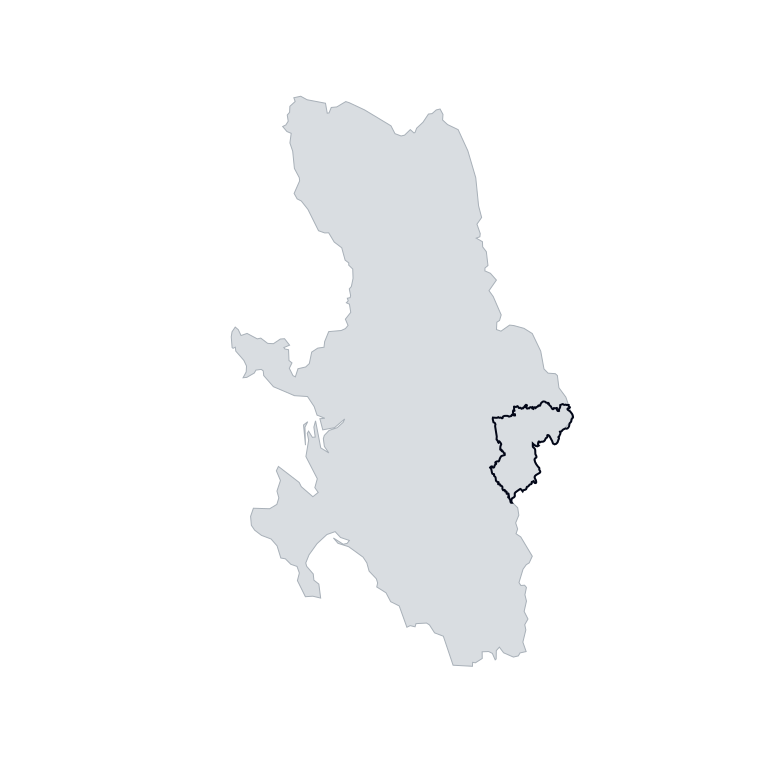 where Sumy sits in Ukraine, rotated 72°
{"feature_id": "UKR-325", "entity_name": "Sumy", "entity_type": "Region", "adm_level": 1, "iso_a3": "UKR", "parent_name": "Ukraine", "parent_adm1": "", "projection": "natural_earth1", "projection_center": [34.032, 51.234], "detail": "fine", "context": "in_parent", "style": "outline", "palette": "ink", "viewbox_px": 768, "rotation_deg": 72, "n_neighbors": 0, "source": "natural_earth", "source_scale": "10m", "svg_char_len": 9640}
<svg xmlns="http://www.w3.org/2000/svg" viewBox="0 0 768 768"><g transform="rotate(72 384 384)"><path d="M515.2,497.1L523.3,508.1L530.0,513.7L533.5,513.9L542.8,510.0L548.9,511.3L554.2,507.8L568.0,510.4L563.8,517.3L562.0,524.5L544.2,527.1L537.6,522.9L530.6,523.1L526.7,528.3L519.8,531.8L517.6,535.9L504.9,535.7L496.5,539.3L490.1,547.3L483.0,552.2L477.4,553.8L468.7,551.8L461.8,546.6L467.3,531.3L465.4,523.1L459.8,519.2L452.8,518.9L443.8,512.3L433.3,513.2L429.8,509.9L451.4,495.1L456.1,494.4L469.2,486.5L466.8,480.1L461.2,481.8L453.5,476.7L428.9,480.7L414.1,473.0L407.2,472.2L405.5,470.3L412.6,468.6L413.2,465.8L403.3,464.0L397.9,460.5L425.2,463.9L432.5,457.8L424.9,460.0L417.3,458.6L414.5,456.7L411.2,450.6L411.1,442.1L407.8,434.6L405.1,432.2L410.2,444.5L408.7,456.4L397.2,455.7L398.3,450.9L392.9,457.3L383.9,457.4L372.3,460.6L367.4,472.8L352.4,490.0L338.8,495.8L334.2,494.8L332.2,496.2L331.2,501.5L333.5,504.0L335.3,512.5L334.5,516.1L329.9,511.3L324.4,509.2L318.2,510.0L306.9,514.8L303.1,514.0L303.4,516.5L302.4,517.2L291.9,514.7L287.4,512.4L283.9,507.9L287.3,505.8L293.7,505.0L293.6,498.6L301.9,490.6L302.3,487.0L309.4,482.1L311.5,476.7L309.2,468.7L310.2,464.6L317.9,461.8L318.4,468.0L320.1,467.4L321.9,464.2L332.3,467.1L335.5,465.0L339.8,469.2L347.9,468.0L349.8,466.1L342.9,461.1L343.6,453.2L341.5,448.7L331.3,442.9L329.4,435.9L330.5,429.7L325.3,427.3L317.1,420.4L319.9,408.2L319.4,403.6L317.2,400.1L310.4,400.7L305.6,393.5L297.4,392.2L295.1,394.7L293.8,392.3L291.1,392.4L291.4,389.5L289.5,388.4L282.8,387.6L281.2,384.9L274.0,380.8L265.0,378.2L260.1,380.8L257.9,380.1L254.2,382.7L241.4,382.1L233.6,387.5L223.1,389.9L222.0,393.7L218.0,398.9L194.4,402.4L184.4,406.1L181.1,409.4L175.0,410.6L164.8,401.5L161.6,400.8L151.3,402.6L134.4,398.9L125.7,399.0L116.9,394.8L113.9,398.3L107.8,400.8L107.3,397.3L104.5,393.9L98.3,392.9L96.4,389.8L90.8,387.7L87.9,381.2L83.9,381.3L84.6,374.3L89.9,369.3L98.9,352.9L108.9,354.3L109.2,352.5L104.7,348.7L105.9,343.4L103.6,333.1L105.7,330.2L117.3,317.8L140.6,297.6L149.3,296.2L153.4,291.1L153.7,287.5L150.2,280.4L154.5,277.9L154.3,276.7L150.8,273.9L147.1,266.0L141.0,258.3L141.7,254.7L139.5,249.6L139.8,245.7L145.8,244.6L151.0,246.7L156.9,243.4L165.0,234.9L188.2,232.2L216.2,233.0L243.8,239.0L255.8,239.7L260.7,246.2L270.7,246.0L273.6,247.3L273.8,251.2L279.1,246.4L284.1,247.8L289.8,245.8L303.4,248.5L304.9,252.1L307.6,253.1L311.6,248.6L319.9,245.0L327.7,255.3L334.6,253.1L354.5,251.2L359.3,254.5L360.1,257.6L367.0,260.2L369.9,256.4L366.8,246.3L368.6,242.4L374.3,233.7L381.8,227.4L401.2,224.8L419.1,227.2L424.4,224.6L427.1,217.9L429.5,216.5L441.6,218.8L452.7,215.1L471.9,214.9L478.0,218.8L484.2,230.2L493.6,238.5L493.0,241.2L484.5,242.8L484.3,244.2L487.1,248.1L488.1,256.1L489.6,257.0L487.6,260.6L496.7,261.4L504.0,264.1L515.5,262.8L518.6,268.8L523.7,269.5L523.8,273.5L528.0,282.8L526.5,287.8L527.1,290.8L533.1,298.0L535.8,298.9L543.0,295.1L550.4,296.3L556.8,301.7L563.2,301.7L567.2,304.7L571.7,301.2L593.6,296.2L599.0,301.2L599.8,304.5L603.1,309.0L614.6,317.0L617.9,316.1L618.8,312.5L621.5,311.4L628.0,315.1L634.5,315.6L643.6,321.0L652.0,319.7L656.4,324.5L661.7,325.1L672.4,331.7L682.4,331.5L681.8,337.7L684.1,340.3L683.7,345.3L676.6,353.3L669.9,355.6L672.3,359.6L680.2,362.3L680.7,363.5L673.7,364.2L670.8,367.1L669.0,373.4L675.4,375.4L677.4,383.2L676.1,385.7L679.8,387.1L672.8,405.2L642.2,405.5L636.3,412.8L627.2,415.2L624.5,417.4L621.8,427.6L624.5,429.5L621.9,433.8L622.4,437.4L599.8,438.1L593.1,444.9L583.2,446.6L574.8,453.6L571.2,451.5L566.8,451.5L557.4,456.0L548.8,455.6L542.2,457.4L527.8,467.9L521.3,477.0L514.8,479.7L523.8,472.3L524.2,468.3L522.1,465.3L516.5,472.8L509.3,476.1L509.5,484.8L515.2,497.1ZM417.9,477.6L398.1,473.2L396.3,468.2L400.6,472.5L417.9,477.6Z" fill="#d9dde1" stroke="#a8b0b8" stroke-width="1"/><path d="M471.8,214.2L473.3,214.3L474.1,214.5L474.5,214.9L474.8,215.5L475.3,216.2L475.9,216.7L477.3,217.4L477.9,218.0L478.7,219.5L479.2,219.9L481.3,221.0L481.8,221.5L482.4,222.2L482.9,223.1L482.9,223.5L483.0,224.0L482.4,224.9L482.6,227.2L482.8,228.0L483.2,228.8L483.8,229.6L484.0,230.4L483.7,231.0L483.7,231.4L485.3,231.4L486.0,231.8L487.2,233.0L488.0,233.6L488.2,234.4L488.6,234.6L489.2,234.3L489.6,234.3L490.2,234.6L491.3,235.6L491.9,236.0L493.2,237.0L494.1,238.7L494.1,240.4L492.9,241.6L492.2,241.7L490.3,241.7L484.7,242.7L483.5,243.3L483.1,244.3L483.5,244.7L484.7,245.0L485.1,245.2L485.3,245.5L485.4,246.4L485.6,246.8L485.8,247.1L487.2,248.4L487.6,249.0L487.9,249.7L488.0,250.6L487.9,251.1L487.5,252.2L487.5,252.6L487.7,253.4L487.7,253.8L487.4,254.0L486.7,254.2L486.5,254.4L486.6,254.8L487.0,255.1L487.6,255.6L488.7,256.1L489.7,256.1L490.4,255.8L490.7,257.3L489.9,258.7L488.6,259.8L486.6,260.9L489.0,261.7L489.8,261.8L490.4,261.6L491.6,260.8L492.8,260.5L494.0,260.7L497.4,261.7L499.5,261.4L500.5,261.5L501.0,261.9L501.4,263.1L501.7,263.7L502.2,264.1L502.7,264.3L505.1,264.4L507.4,264.0L510.1,263.1L511.6,262.3L512.2,262.3L513.4,262.8L514.0,262.7L514.7,262.5L515.4,262.4L516.0,262.6L516.4,263.0L516.7,263.6L517.5,267.5L518.2,268.9L519.1,269.6L520.2,269.7L522.5,269.3L523.6,269.4L524.3,269.5L524.8,269.8L525.1,270.3L524.9,271.0L524.4,271.4L522.6,271.7L522.7,272.1L522.8,273.3L522.8,273.7L523.1,274.0L523.9,274.1L524.3,274.3L524.7,274.9L524.7,276.6L525.0,277.1L525.6,277.8L525.9,278.4L526.0,279.0L525.9,279.5L526.0,279.9L526.4,280.3L527.3,280.7L527.6,281.0L528.0,281.4L528.2,282.5L528.1,283.6L528.2,284.5L529.0,285.3L526.4,286.3L525.9,286.8L526.0,287.3L527.6,292.4L528.3,293.4L529.4,293.8L530.8,294.1L531.4,294.5L531.9,295.3L532.1,296.2L532.2,297.0L532.4,297.7L533.1,298.3L534.4,299.0L535.1,299.1L535.8,299.2L536.5,299.0L536.4,299.4L536.2,299.7L536.0,300.0L535.5,300.1L534.3,300.0L533.3,299.8L532.7,299.9L532.2,300.1L531.2,300.2L530.1,300.0L530.4,300.7L530.3,300.8L530.2,300.9L529.9,300.8L527.7,299.6L526.9,299.5L526.6,299.6L526.5,299.9L526.5,300.9L526.3,301.2L525.9,301.2L524.7,300.7L524.2,300.8L523.8,301.1L523.7,301.3L523.7,301.5L523.9,301.7L523.8,301.9L523.5,302.0L522.5,301.8L522.2,301.9L521.8,302.4L521.8,302.6L522.0,303.2L521.9,303.5L521.6,303.6L520.4,303.8L520.0,303.7L518.9,303.3L518.1,303.2L517.8,303.3L517.2,303.8L516.7,304.7L516.5,304.8L516.3,304.7L515.8,304.5L515.3,304.7L514.9,305.2L514.7,305.4L514.8,306.0L514.6,306.3L514.4,306.4L514.1,306.3L513.3,305.8L512.9,305.4L512.6,305.6L512.2,306.5L510.6,307.4L507.5,306.8L506.6,306.9L505.8,307.5L505.2,307.7L504.0,307.2L503.9,307.2L503.5,307.4L503.2,308.3L503.0,308.5L502.7,308.7L501.5,308.7L498.3,308.3L497.1,308.5L496.3,309.0L496.2,309.0L496.1,308.8L496.1,308.2L495.7,307.8L495.6,307.6L495.6,307.3L495.7,306.8L495.9,306.6L496.7,306.5L497.1,306.3L497.2,306.1L497.3,305.8L497.3,305.5L497.3,305.2L496.9,304.7L495.7,304.0L495.5,303.8L495.3,303.3L495.0,303.1L494.8,302.3L494.6,302.1L494.2,301.9L493.9,302.0L493.3,302.5L493.1,302.4L492.7,302.0L492.6,301.6L492.5,300.3L492.7,299.8L493.0,299.2L493.0,298.9L492.8,298.5L492.4,298.1L491.0,297.1L489.8,296.0L489.1,295.1L488.8,294.6L488.8,294.3L488.8,292.2L488.9,291.2L488.6,291.0L487.3,290.7L487.2,291.0L486.7,291.3L486.0,291.4L485.3,291.7L484.5,291.9L484.4,292.1L484.4,292.4L484.4,292.6L484.1,292.8L483.1,292.5L482.9,292.7L482.5,292.9L482.5,293.0L482.6,293.5L482.3,293.7L482.1,293.7L479.6,292.7L478.5,292.0L477.7,291.2L477.2,291.1L476.1,291.3L474.4,291.9L474.1,292.1L474.1,292.4L475.2,292.9L475.3,293.2L474.5,293.5L473.1,293.5L472.2,293.7L471.9,294.0L471.6,294.1L471.3,294.0L468.8,293.0L458.7,291.4L457.6,291.0L456.9,290.5L456.1,290.5L455.2,290.7L454.7,291.1L454.3,291.7L453.9,291.7L450.8,291.4L449.6,290.8L450.7,288.1L451.0,287.1L451.1,286.4L450.9,285.9L450.9,285.5L451.6,285.0L451.8,284.7L451.9,283.6L452.2,283.1L452.7,282.8L453.0,282.5L453.1,282.2L453.1,281.9L453.0,281.7L452.1,281.2L451.7,280.7L451.6,280.0L451.6,279.2L451.7,278.8L452.5,276.4L452.7,276.0L453.2,275.7L453.5,275.4L453.7,274.8L453.7,273.4L453.8,273.0L453.7,272.7L452.8,272.0L452.7,271.8L452.7,271.5L453.7,270.6L454.4,269.3L454.4,269.1L453.3,268.8L452.5,270.1L452.3,270.3L452.1,270.3L450.4,270.0L449.4,269.5L449.1,269.3L449.1,269.1L449.8,268.6L449.8,268.2L449.6,268.1L448.7,268.2L448.3,268.1L447.1,267.7L445.8,267.4L445.7,267.2L446.5,265.9L446.7,265.5L446.4,264.7L446.4,263.8L446.6,263.7L448.3,263.2L448.6,263.0L448.7,262.7L448.6,261.9L448.8,261.5L449.7,261.1L450.0,260.9L450.0,260.5L449.8,260.0L449.8,259.8L450.1,259.4L450.1,259.2L449.4,258.7L449.3,258.4L449.5,257.6L449.5,257.2L449.3,257.0L448.6,257.0L448.4,256.9L447.8,255.7L447.7,255.4L447.8,255.3L448.1,254.8L448.4,254.7L448.9,254.8L449.3,255.6L449.7,255.9L450.3,255.9L451.0,255.8L451.5,255.6L451.7,255.2L451.6,254.4L451.7,254.2L452.0,253.6L451.4,252.8L451.3,252.2L451.3,251.9L451.4,251.7L451.7,251.5L452.0,251.2L452.0,250.8L451.7,250.0L451.8,249.9L453.2,250.4L453.9,249.6L453.7,249.4L453.0,248.8L452.7,248.4L452.7,247.8L452.8,247.6L452.9,247.4L453.7,247.2L453.6,246.9L453.2,246.5L453.1,246.3L452.9,244.5L452.3,244.1L452.2,243.7L452.2,243.2L452.8,242.7L452.8,242.2L451.0,240.8L450.8,240.5L450.6,240.2L450.0,238.9L449.8,238.0L450.2,237.0L450.7,236.2L451.1,235.9L451.8,235.6L452.5,234.3L453.3,234.2L453.3,233.9L453.1,233.4L453.7,233.2L455.2,233.3L456.7,232.3L457.2,232.1L458.0,232.1L459.8,231.6L460.2,231.1L460.1,230.6L459.6,229.9L459.4,229.8L459.4,229.7L459.8,229.4L460.0,228.9L460.1,227.4L460.2,227.0L460.5,226.9L461.0,227.4L461.6,227.5L462.3,227.4L463.2,227.2L463.4,227.0L463.6,226.5L463.8,226.0L463.7,225.8L462.4,225.6L461.9,225.0L461.6,224.7L461.0,224.1L460.2,223.5L458.5,222.9L458.3,220.5L458.4,220.1L459.3,219.4L459.6,218.9L459.8,217.5L460.4,216.8L460.6,215.8L461.0,214.9L461.6,215.2L462.2,215.1L463.1,214.6L463.6,214.4L464.2,215.1L464.0,216.6L464.5,217.3L465.3,217.2L467.5,215.5L470.4,214.4L471.8,214.2Z" fill="none" stroke="#020617" stroke-width="2"/></g></svg>